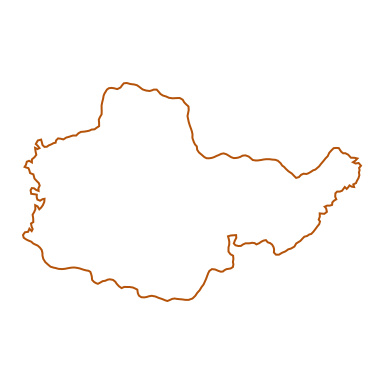 Lagoa Formosa, Minas Gerais, Brazil
{"feature_id": "56859067B15651251561335", "entity_name": "Lagoa Formosa", "entity_type": "district", "adm_level": 2, "iso_a3": "BRA", "parent_name": "Brazil", "parent_adm1": "Minas Gerais", "projection": "robinson", "projection_center": [-46.318, -18.761], "detail": "fine", "context": "isolated", "style": "outline", "palette": "amber", "viewbox_px": 384, "rotation_deg": 0, "n_neighbors": 0, "source": "geoboundaries", "source_scale": "gbopen_adm2", "svg_char_len": 4736}
<svg xmlns="http://www.w3.org/2000/svg" viewBox="0 0 384 384"><path d="M357.4,158.5L354.5,157.8L350.9,157.7L348.2,154.7L345.3,153.2L343.2,153.3L341.2,151.7L338.8,148.1L336.0,147.9L333.6,148.2L331.6,150.2L329.2,152.9L327.7,156.2L325.6,158.3L323.3,161.2L320.9,164.0L319.1,166.4L317.3,167.9L315.5,169.5L313.0,170.4L310.8,171.9L308.3,173.3L306.4,174.0L303.6,173.7L301.1,174.8L298.9,177.1L296.1,177.9L293.9,175.7L291.8,173.5L288.5,171.3L285.9,168.9L284.1,166.9L282.2,165.6L280.6,163.2L277.8,160.7L275.3,159.8L272.4,159.6L269.5,159.2L266.5,159.2L264.1,159.4L261.6,159.9L258.3,160.4L255.9,160.5L252.7,160.0L250.2,157.8L248.6,156.5L245.6,155.4L242.7,155.6L240.3,156.9L238.2,157.6L236.0,158.0L233.8,158.1L231.2,157.2L228.8,155.7L226.5,154.3L223.7,153.4L221.1,153.9L218.9,155.0L216.6,155.9L214.4,157.0L211.8,157.9L208.9,158.3L206.5,158.2L204.4,157.1L201.5,154.6L199.0,152.5L197.2,149.8L196.8,146.4L195.0,144.4L193.8,142.0L192.4,137.9L192.5,134.4L192.0,131.8L191.3,129.6L190.5,127.4L189.7,125.2L188.7,121.9L188.1,119.0L187.5,116.1L188.1,113.1L188.7,110.0L188.5,106.5L185.8,104.0L184.2,102.3L182.7,99.7L179.7,98.0L176.3,98.1L172.5,98.3L169.0,97.8L166.1,96.5L162.9,95.5L160.5,94.0L158.7,91.8L156.7,89.6L153.7,89.6L151.8,90.4L149.6,91.0L145.9,90.5L142.6,89.4L140.9,88.1L139.1,86.7L136.9,85.2L134.3,84.5L130.4,84.0L126.7,83.0L123.8,83.3L122.1,85.3L120.5,87.5L117.3,89.1L113.8,88.2L111.3,87.9L108.9,88.2L106.9,89.6L105.7,91.6L104.4,93.7L103.6,95.8L103.1,98.7L102.2,102.3L101.6,105.3L101.6,108.0L101.7,110.9L101.6,114.3L99.8,117.4L98.8,119.7L99.1,122.8L99.1,126.2L96.7,127.7L94.6,129.3L91.5,129.6L89.5,130.6L87.4,131.1L84.4,131.6L80.9,131.9L78.4,133.3L76.2,135.5L73.0,135.5L70.5,136.3L68.5,137.0L66.4,137.5L63.4,139.4L60.5,138.7L58.1,138.4L56.1,140.4L55.6,142.7L53.6,143.1L51.2,144.4L48.7,145.4L47.0,146.7L44.5,146.9L42.5,145.0L41.9,142.5L41.1,139.6L37.8,140.5L35.8,144.0L37.7,145.8L39.5,148.1L37.5,149.1L35.1,147.9L35.6,151.6L36.3,154.8L34.5,157.2L31.9,159.4L31.9,162.4L29.1,160.8L26.8,161.7L26.0,164.7L24.6,166.9L26.4,167.6L28.4,168.1L29.3,170.2L30.1,173.1L33.4,174.4L34.5,178.6L36.8,181.1L38.8,183.1L39.7,185.6L38.4,188.3L38.6,190.9L36.2,190.0L34.1,188.3L31.8,188.1L30.6,190.2L31.2,193.8L34.9,194.3L36.8,194.7L36.7,197.1L37.4,199.6L40.1,200.7L42.5,199.2L44.5,198.8L44.3,201.8L42.9,205.1L41.2,207.5L39.3,209.3L37.6,206.4L35.2,205.2L35.4,209.2L34.2,212.0L32.6,214.7L33.2,218.4L33.3,222.1L31.0,223.5L31.6,226.6L32.7,229.1L31.7,231.1L29.4,228.7L28.1,231.8L24.9,232.3L23.0,235.0L23.7,237.7L25.8,239.2L28.3,240.5L31.3,241.7L33.1,243.4L35.0,244.4L37.7,245.6L40.0,247.7L41.7,250.0L42.4,252.7L42.5,255.7L43.3,258.9L45.3,262.1L47.7,264.3L50.5,266.7L53.9,267.7L55.9,268.1L58.2,268.8L61.7,269.1L65.0,268.8L68.5,268.1L71.7,267.6L74.2,267.5L76.7,267.8L79.6,268.4L83.5,269.7L86.2,270.4L88.5,270.8L90.3,271.8L91.1,273.9L91.8,276.5L92.1,279.9L94.1,282.0L96.0,283.1L97.9,283.8L100.2,282.6L102.6,281.2L105.5,280.7L107.5,279.7L109.8,279.3L113.0,279.9L115.3,281.7L116.7,283.8L119.0,286.3L121.6,288.1L124.3,286.9L126.6,287.0L129.7,287.0L132.9,287.5L135.3,288.6L137.3,289.6L137.9,293.4L139.0,295.7L141.3,297.2L144.2,297.4L146.7,297.0L148.8,296.3L151.8,295.8L155.4,296.5L158.7,297.9L161.2,298.7L163.1,299.4L165.2,300.3L167.4,301.0L169.8,300.0L172.2,298.9L174.6,298.5L176.9,298.9L179.7,299.2L182.3,299.4L185.5,299.9L188.6,299.9L192.5,298.5L195.3,295.8L197.3,292.8L199.6,290.3L201.6,287.0L203.6,284.4L204.6,282.2L206.1,278.9L207.3,275.6L208.2,273.2L209.4,270.9L212.0,269.1L215.2,269.5L218.4,270.9L220.8,271.7L222.9,271.5L224.6,270.1L226.6,269.1L230.6,268.5L232.9,267.0L233.4,264.3L232.9,262.1L233.4,259.0L233.1,255.7L230.4,254.2L228.5,251.6L228.5,247.3L229.2,244.8L229.3,241.8L228.8,239.1L228.0,236.3L230.7,235.5L233.2,235.3L236.1,235.1L236.3,237.9L234.9,240.5L233.8,243.5L235.5,245.3L238.4,246.0L240.9,245.9L242.9,244.5L245.5,243.3L249.5,243.3L252.1,242.8L254.6,243.1L256.4,244.4L259.2,243.2L261.3,241.7L263.5,240.6L265.9,240.1L267.7,242.3L270.1,243.1L272.1,244.6L273.5,247.0L274.1,249.3L273.9,252.5L276.0,254.7L278.9,254.7L282.0,252.8L285.4,251.4L288.3,249.3L290.9,248.6L294.4,246.6L296.2,243.5L298.6,242.0L300.4,240.9L302.2,238.9L304.3,236.7L307.1,236.0L309.2,234.5L311.3,233.9L313.5,231.6L315.7,228.7L317.6,226.1L319.2,224.2L320.0,221.4L318.7,219.6L319.8,216.7L319.7,213.4L321.8,213.6L324.4,213.8L326.9,211.8L326.1,208.3L324.7,206.7L327.1,205.6L329.8,205.6L332.1,204.9L332.3,202.5L333.8,200.8L336.3,199.3L335.2,196.7L335.4,193.3L337.1,191.6L339.8,191.6L342.1,190.7L343.4,188.9L344.8,187.0L346.7,188.9L348.2,187.3L349.5,185.4L351.8,186.7L354.1,187.0L353.3,184.4L356.0,183.1L356.9,180.9L358.4,178.3L359.4,175.1L358.9,172.5L359.6,170.2L359.1,167.9L361.0,165.7L358.6,163.0L355.6,163.5L353.0,162.2L355.3,160.7L357.4,158.5Z" fill="none" stroke="#b45309" stroke-width="2"/></svg>